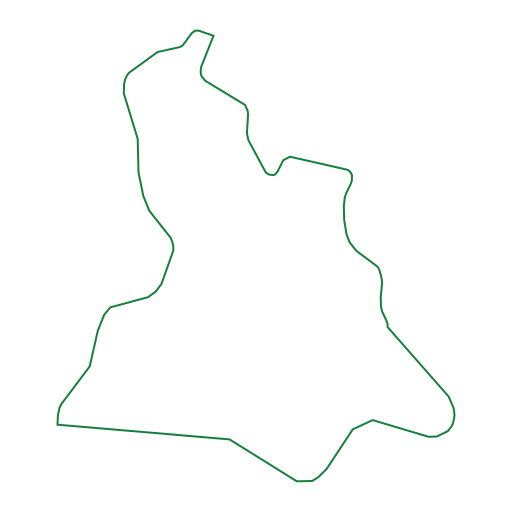 the border of Lewisham
{"feature_id": "GBR-2769", "entity_name": "Lewisham", "entity_type": "London Borough", "adm_level": 1, "iso_a3": "GBR", "parent_name": "United Kingdom", "parent_adm1": "", "projection": "mercator", "projection_center": [-0.009, 51.45], "detail": "fine", "context": "isolated", "style": "outline", "palette": "green", "viewbox_px": 512, "rotation_deg": 0, "n_neighbors": 0, "source": "natural_earth", "source_scale": "10m", "svg_char_len": 1183}
<svg xmlns="http://www.w3.org/2000/svg" viewBox="0 0 512 512"><path d="M198.9,30.7L213.5,35.8L201.2,66.8L200.7,70.3L200.8,73.2L201.4,75.9L205.1,80.7L245.1,105.0L247.4,110.1L248.1,113.9L247.0,131.9L247.1,134.4L248.5,140.4L265.8,172.5L269.2,174.6L273.7,175.1L275.3,174.3L277.7,171.3L283.2,160.3L289.9,156.7L347.5,169.8L349.4,171.0L350.7,172.5L352.0,175.1L351.8,180.9L351.0,183.3L346.2,193.3L344.8,197.4L343.8,206.5L344.2,220.0L346.5,234.3L349.6,242.3L356.4,250.9L377.3,266.5L379.2,269.5L381.3,276.7L382.1,282.7L380.7,297.8L381.0,306.7L382.0,311.2L386.3,320.4L387.4,323.4L387.6,325.7L387.6,327.1L448.6,396.5L453.6,408.0L454.2,411.8L454.5,415.8L453.0,423.4L451.3,426.7L447.8,431.1L437.0,436.5L428.6,436.8L372.7,420.1L352.8,429.3L326.6,469.0L318.4,477.1L312.1,481.0L296.8,481.3L229.5,439.4L57.5,424.7L57.9,415.4L59.5,408.0L61.2,404.3L89.7,366.4L97.8,330.8L104.2,314.7L110.4,307.3L148.0,297.2L155.7,291.6L161.5,283.9L173.3,250.6L173.2,245.6L172.4,242.3L170.7,237.8L149.3,210.8L143.3,195.9L138.5,172.5L137.7,138.9L123.8,93.4L124.1,84.2L125.0,79.8L126.6,76.2L128.8,72.9L157.6,52.0L179.8,47.1L182.8,45.3L191.8,33.1L195.0,30.7L198.9,30.7Z" fill="none" stroke="#15803d" stroke-width="2"/></svg>